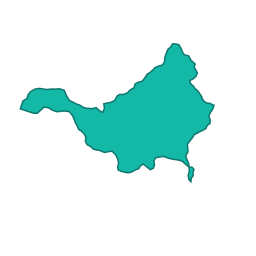 outline of São João da Mata, Minas Gerais, Brazil, rotated 334°
{"feature_id": "56859067B6905454256103", "entity_name": "São João da Mata", "entity_type": "district", "adm_level": 2, "iso_a3": "BRA", "parent_name": "Brazil", "parent_adm1": "Minas Gerais", "projection": "orthographic", "projection_center": [-45.93, -21.948], "detail": "fine", "context": "isolated", "style": "filled", "palette": "teal", "viewbox_px": 256, "rotation_deg": 334, "n_neighbors": 0, "source": "geoboundaries", "source_scale": "gbopen_adm2", "svg_char_len": 2042}
<svg xmlns="http://www.w3.org/2000/svg" viewBox="0 0 256 256"><g transform="rotate(334 128 128)"><path d="M165.7,189.9L167.1,186.3L167.1,182.8L167.4,178.6L171.5,175.6L172.9,172.2L174.2,168.7L177.8,166.8L181.6,165.0L184.8,162.9L187.6,163.1L190.8,162.7L194.4,162.9L198.0,162.5L200.4,160.3L203.4,160.0L205.3,157.3L205.9,152.7L209.1,150.1L212.4,148.2L215.2,145.3L212.2,141.6L209.1,139.5L207.6,135.8L207.9,131.7L207.5,128.5L206.9,124.9L205.5,121.9L205.1,119.0L203.8,116.0L204.1,112.5L208.3,112.4L212.0,111.2L214.5,108.8L214.4,105.4L214.1,102.3L216.4,99.8L214.3,94.8L214.1,89.7L210.8,87.1L210.2,84.0L210.6,79.8L210.2,75.4L208.0,73.6L205.0,71.9L201.8,74.0L198.4,74.8L195.4,77.4L192.4,80.3L189.7,84.6L186.6,86.5L183.0,85.8L178.8,85.5L175.7,86.8L172.2,87.7L169.0,88.0L165.1,90.3L161.3,92.2L158.1,91.5L153.8,91.5L151.0,94.5L146.5,94.8L142.9,96.2L138.4,95.8L135.4,94.2L132.2,94.5L128.2,97.4L123.5,97.4L119.7,96.3L116.9,95.6L115.4,100.1L111.9,102.9L109.7,99.4L108.3,95.7L104.6,95.0L101.7,93.4L99.0,91.9L96.6,89.5L94.7,86.3L92.3,84.0L90.0,80.8L87.3,77.4L86.9,71.8L87.2,66.1L83.6,62.7L80.0,61.3L76.1,59.4L71.8,57.8L68.3,55.3L65.2,53.3L60.8,52.2L56.0,52.7L52.8,54.3L50.2,57.2L45.5,57.7L42.4,60.6L39.6,63.7L43.1,67.0L45.8,69.7L49.6,73.2L52.7,75.0L56.7,73.9L61.6,72.4L65.3,74.8L67.8,78.7L71.0,82.1L74.4,83.4L78.3,84.8L82.5,87.7L83.6,92.9L83.3,97.6L83.0,100.9L83.3,104.2L83.0,107.6L84.8,110.5L86.1,114.4L85.9,118.3L83.9,121.0L83.9,124.9L86.3,128.3L87.5,131.7L89.6,133.6L92.4,135.4L94.3,137.7L96.4,139.8L100.2,140.7L103.5,141.9L105.2,146.7L105.1,151.6L104.2,155.3L102.1,157.9L100.7,161.2L102.6,163.7L105.2,165.9L108.4,168.3L112.1,169.1L116.6,168.9L119.8,169.3L122.5,167.4L125.9,167.1L128.0,171.5L129.8,175.3L133.2,175.2L135.6,172.9L136.7,169.1L139.7,166.9L143.3,167.8L147.8,169.3L150.2,172.0L153.5,174.9L156.5,177.0L159.0,178.7L162.1,181.5L163.8,185.7L165.7,189.9ZM161.0,203.8L162.9,200.9L165.7,199.4L167.0,196.2L169.2,194.1L168.3,191.2L165.7,189.9L164.3,193.5L161.4,196.9L160.1,200.9L161.0,203.8Z" fill="#14b8a6" stroke="#0f766e" stroke-width="1.5"/></g></svg>